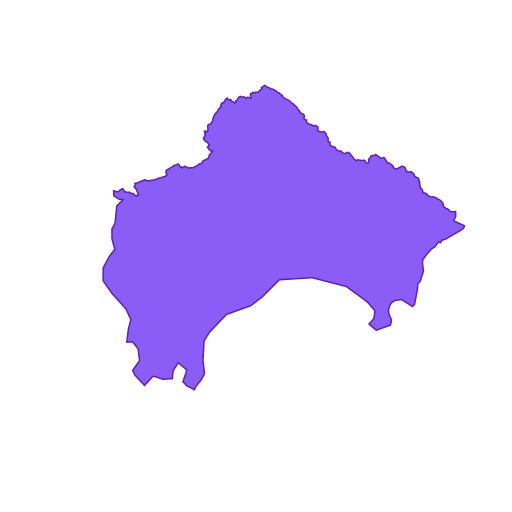 Alay, Osh, Kyrgyzstan (Natural Earth projection), rotated 224°
{"feature_id": "92254566B995553538907", "entity_name": "Alay", "entity_type": "district", "adm_level": 2, "iso_a3": "KGZ", "parent_name": "Kyrgyzstan", "parent_adm1": "Osh", "projection": "natural_earth1", "projection_center": [73.817, 39.902], "detail": "fine", "context": "isolated", "style": "filled", "palette": "violet", "viewbox_px": 512, "rotation_deg": 224, "n_neighbors": 0, "source": "geoboundaries", "source_scale": "gbopen_adm2", "svg_char_len": 6165}
<svg xmlns="http://www.w3.org/2000/svg" viewBox="0 0 512 512"><g transform="rotate(224 256 256)"><path d="M118.0,286.1L111.3,299.6L112.6,302.1L114.4,304.4L117.7,305.5L121.1,307.3L123.0,309.1L124.2,310.7L125.8,314.8L126.0,317.7L124.6,321.5L120.8,325.9L108.4,328.3L108.3,331.3L116.6,343.9L120.4,348.6L120.4,352.2L125.1,361.5L130.9,366.2L133.5,369.3L134.4,376.2L134.7,383.0L133.7,386.6L134.5,392.9L132.5,393.8L133.3,396.4L131.6,399.1L126.3,417.8L126.0,420.4L127.0,422.5L137.6,418.9L138.6,419.1L139.2,421.7L139.7,422.8L140.4,423.8L141.6,424.8L142.7,426.2L143.4,426.6L145.2,424.5L147.1,423.0L148.5,422.9L148.9,423.2L149.6,423.2L151.1,422.9L152.4,421.9L153.4,422.2L155.2,421.6L157.6,423.5L159.9,424.0L162.2,424.1L163.9,423.6L165.6,422.9L166.8,423.0L168.2,422.4L170.2,421.2L170.9,420.2L172.2,419.5L174.9,418.7L175.9,419.4L178.6,418.5L179.7,417.4L181.5,418.8L182.6,419.2L183.4,419.4L184.4,418.8L184.9,419.1L187.0,420.8L188.5,421.3L189.3,422.8L190.2,423.0L191.4,423.7L192.4,424.5L193.0,424.8L197.1,423.5L198.8,424.4L200.4,424.7L202.9,424.5L204.5,422.3L206.9,421.6L210.2,423.2L213.4,422.1L214.9,417.3L215.6,416.0L217.2,415.2L218.4,415.2L220.4,415.9L224.4,415.5L225.6,415.0L226.2,414.2L230.8,415.6L232.5,415.6L233.8,413.1L240.4,412.2L240.4,410.8L241.4,410.2L242.8,407.6L242.3,406.6L242.1,403.5L240.3,402.4L240.0,400.7L241.3,399.4L242.8,399.8L243.2,400.2L244.7,400.1L246.8,397.6L249.7,395.9L250.2,394.0L255.1,394.1L256.0,394.5L257.7,394.5L259.4,395.2L259.8,395.2L260.9,394.6L262.1,394.3L262.6,393.3L263.0,391.7L264.0,390.7L268.2,390.3L269.0,389.4L270.7,388.4L272.9,388.6L274.7,389.2L275.6,388.6L276.4,388.5L276.7,388.1L277.7,387.5L279.9,387.3L281.4,388.7L281.7,389.3L282.2,388.8L283.1,388.5L284.2,388.9L285.2,390.2L286.3,391.0L289.0,391.5L289.5,391.8L290.1,392.5L290.6,392.7L293.0,392.9L293.7,392.7L294.0,391.9L295.8,390.1L298.6,389.1L299.5,389.5L299.7,390.7L301.1,391.8L301.7,391.6L303.3,391.6L304.2,391.1L304.2,390.3L305.5,389.1L307.1,389.1L309.6,387.6L311.6,387.3L313.4,387.9L314.0,388.4L314.0,388.9L316.3,388.0L316.9,388.1L318.4,390.3L319.5,390.8L320.7,390.9L322.0,390.2L323.1,390.0L324.0,390.2L324.4,389.9L326.0,390.7L327.7,390.6L328.5,390.8L329.0,391.2L331.9,391.4L333.1,391.2L334.4,391.3L337.4,390.8L338.8,390.8L339.6,391.0L343.9,389.6L344.6,389.2L346.5,389.3L347.7,388.9L348.7,389.3L348.5,389.7L348.8,389.8L351.6,389.3L352.0,389.0L352.9,389.3L354.5,388.5L355.1,388.5L355.6,388.8L356.2,388.7L358.3,387.9L359.1,388.0L360.5,387.2L361.0,386.5L361.8,386.4L361.9,386.1L362.5,386.4L363.0,386.3L365.0,385.3L367.2,385.1L368.5,384.6L368.5,383.2L369.1,380.9L367.5,379.7L368.4,378.1L368.4,377.3L368.1,376.8L368.1,375.4L370.1,373.6L370.1,372.4L370.7,372.0L372.0,371.7L371.7,371.0L372.0,370.4L372.1,370.0L372.8,369.1L372.2,368.6L371.8,367.9L371.2,367.6L370.7,367.5L369.4,366.4L369.4,366.2L369.9,365.5L371.8,364.9L372.3,364.2L372.7,362.6L372.9,362.3L373.9,362.4L375.2,362.2L375.7,361.6L376.1,360.7L378.2,359.9L378.8,357.7L377.9,355.8L378.0,354.3L378.4,353.6L377.8,353.1L377.4,352.9L377.5,351.5L378.0,351.1L378.7,351.3L379.7,351.2L380.2,350.7L381.4,350.4L382.8,351.0L383.4,350.5L383.8,349.4L385.9,349.1L386.4,349.5L386.7,347.1L386.1,346.0L385.8,344.9L386.1,344.3L386.1,343.6L385.9,343.5L386.6,342.9L386.8,342.0L386.6,341.7L386.3,340.4L385.5,339.9L385.4,339.4L384.8,339.1L384.8,338.5L385.1,338.1L384.8,336.9L385.0,336.1L384.6,335.7L384.7,335.2L384.0,332.9L384.3,331.8L384.0,331.2L384.2,329.6L383.4,327.6L383.3,327.0L382.9,326.5L382.6,325.2L381.0,323.2L380.8,322.4L380.7,320.2L380.4,319.2L380.8,318.5L381.5,317.7L381.4,316.5L380.5,315.4L378.3,313.6L378.3,312.9L377.7,312.7L377.8,312.4L377.5,311.9L377.6,311.6L377.4,311.2L378.1,310.6L379.2,310.7L379.4,310.0L379.6,309.9L378.1,308.9L377.5,308.8L377.2,308.0L376.8,307.4L376.1,307.1L375.7,306.0L376.0,305.6L375.6,304.7L375.7,304.3L374.7,303.8L374.0,303.5L373.4,303.7L371.9,303.3L371.0,303.8L369.7,303.9L367.1,303.6L367.2,303.1L366.6,303.0L366.7,301.8L366.2,301.2L366.5,300.6L365.8,300.3L364.9,300.5L364.2,300.1L363.4,300.2L362.5,300.0L361.7,300.1L360.9,301.4L359.5,301.0L359.9,300.2L359.6,298.1L359.9,297.1L359.5,296.7L359.4,295.4L358.8,295.0L358.1,292.9L359.1,291.1L358.9,290.2L359.8,289.0L360.1,287.9L360.0,286.6L359.7,285.8L359.7,284.5L360.8,282.6L361.2,279.3L362.2,277.7L361.9,276.7L363.7,274.7L364.4,274.2L364.7,273.5L364.6,273.2L365.5,272.5L366.2,272.5L367.4,271.7L368.6,271.3L369.5,271.3L370.0,268.8L370.5,268.0L371.6,268.3L372.0,267.7L372.5,267.5L375.5,268.3L376.5,267.2L376.4,266.4L377.0,265.4L377.9,264.5L378.0,264.0L377.7,263.8L378.1,262.7L378.2,261.6L378.6,260.0L379.0,259.2L379.3,257.6L379.9,256.4L379.8,255.3L380.0,254.9L379.4,254.3L379.0,254.1L378.9,253.8L378.4,253.3L376.4,252.6L376.7,251.8L376.5,250.2L377.4,248.8L377.9,248.5L378.2,247.1L379.1,245.9L379.4,245.2L380.0,244.6L381.0,241.9L381.5,241.3L382.0,239.9L382.6,238.8L382.8,238.6L383.3,238.7L383.5,238.2L384.0,237.9L384.4,236.7L385.0,235.8L386.8,234.5L387.4,233.7L388.3,234.0L389.2,233.2L389.7,231.8L389.8,231.4L390.2,230.8L390.2,230.2L391.2,228.6L391.2,227.9L392.2,226.5L392.7,224.9L393.6,224.3L393.6,224.1L393.1,224.0L392.1,223.0L391.9,222.4L392.0,221.9L391.7,221.6L391.8,221.2L387.2,220.6L387.0,220.2L386.3,219.8L383.0,218.6L382.8,217.9L383.6,217.3L383.7,217.0L383.4,216.6L383.6,216.0L383.9,215.7L384.5,215.9L385.9,215.5L386.3,215.2L387.0,215.7L387.6,215.7L388.7,214.8L389.8,214.4L390.2,213.8L391.8,213.8L391.8,213.4L392.2,212.7L394.1,211.8L394.2,211.4L395.1,210.9L396.4,211.5L397.3,211.5L398.5,212.0L399.0,211.4L399.0,210.9L399.3,210.0L399.6,209.6L399.5,209.2L399.7,208.5L399.8,206.4L400.9,205.5L402.8,204.7L403.7,204.0L400.1,200.6L394.1,201.7L390.8,204.1L390.9,195.3L380.2,181.7L378.4,175.3L371.5,168.3L362.2,162.7L361.3,154.2L357.7,141.3L348.8,132.0L333.2,129.0L312.8,127.6L301.8,123.3L297.1,114.9L289.2,104.3L284.9,108.6L276.3,107.3L267.1,99.9L265.3,88.0L260.4,86.2L246.3,85.4L246.6,97.8L244.0,99.6L237.4,102.6L231.0,109.7L235.8,115.7L237.8,125.3L226.5,125.9L221.2,114.8L215.7,114.6L207.4,117.0L208.7,120.6L209.4,128.9L211.3,135.6L221.7,144.1L234.4,158.9L236.5,168.5L236.7,193.3L225.3,216.6L223.1,230.6L222.7,255.1L200.6,279.4L169.8,296.8L144.4,300.3L132.5,299.3L127.8,293.0L127.4,285.5L118.0,286.1Z" fill="#8b5cf6" stroke="#5b21b6" stroke-width="1.5"/></g></svg>